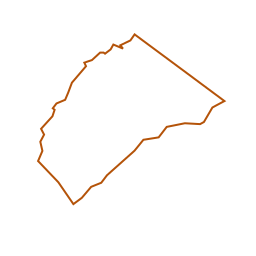 Louisa, Virginia, United States of America (Equal Earth projection), rotated 290°
{"feature_id": "52423323B75388125426671", "entity_name": "Louisa", "entity_type": "district", "adm_level": 2, "iso_a3": "USA", "parent_name": "United States of America", "parent_adm1": "Virginia", "projection": "equal_earth", "projection_center": [-77.968, 37.941], "detail": "fine", "context": "isolated", "style": "outline", "palette": "amber", "viewbox_px": 256, "rotation_deg": 290, "n_neighbors": 0, "source": "geoboundaries", "source_scale": "gbopen_adm2", "svg_char_len": 659}
<svg xmlns="http://www.w3.org/2000/svg" viewBox="0 0 256 256"><g transform="rotate(290 128 128)"><path d="M108.9,141.9L122.2,146.5L128.0,157.0L129.7,160.0L142.3,164.0L151.9,179.8L156.3,194.4L159.6,197.3L176.1,200.3L179.3,203.1L186.3,209.4L201.9,157.1L218.2,102.2L211.1,100.3L203.1,92.5L200.9,96.1L201.4,85.7L195.9,84.8L190.0,81.0L190.5,79.3L189.3,76.0L179.5,70.9L174.5,64.6L171.7,67.4L151.4,59.8L140.7,59.7L133.0,59.3L126.6,52.4L120.8,50.6L120.0,52.8L113.2,53.0L97.5,46.6L93.1,51.4L85.1,50.3L77.2,55.4L66.2,54.8L53.2,81.1L37.8,102.7L46.6,108.5L60.1,113.5L63.0,116.7L67.4,121.6L76.4,124.4L108.9,141.9Z" fill="none" stroke="#b45309" stroke-width="2"/></g></svg>